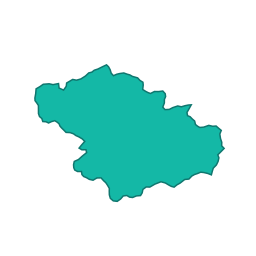 Manhumirim, Minas Gerais, Brazil, rotated 228°
{"feature_id": "56859067B26961543246677", "entity_name": "Manhumirim", "entity_type": "district", "adm_level": 2, "iso_a3": "BRA", "parent_name": "Brazil", "parent_adm1": "Minas Gerais", "projection": "equal_earth", "projection_center": [-41.937, -20.349], "detail": "fine", "context": "isolated", "style": "filled", "palette": "teal", "viewbox_px": 256, "rotation_deg": 228, "n_neighbors": 0, "source": "geoboundaries", "source_scale": "gbopen_adm2", "svg_char_len": 2034}
<svg xmlns="http://www.w3.org/2000/svg" viewBox="0 0 256 256"><g transform="rotate(228 128 128)"><path d="M63.8,195.7L67.1,195.2L70.5,194.8L72.6,192.1L75.9,189.8L78.0,184.8L80.4,181.7L82.8,180.9L85.5,180.5L88.6,182.2L91.7,181.8L94.8,181.7L97.3,180.5L100.1,182.2L101.5,186.5L102.9,190.5L104.7,188.2L106.3,185.5L108.1,181.8L111.1,179.7L113.2,174.9L114.2,171.1L116.9,167.8L120.2,167.8L122.3,171.8L124.9,174.2L126.2,177.0L128.6,178.6L132.2,178.6L134.6,175.1L137.4,172.1L138.6,167.8L140.9,166.6L143.2,165.7L146.8,164.7L149.8,168.1L152.0,169.7L155.5,168.7L158.8,168.7L161.2,167.2L163.4,165.8L166.2,164.9L168.7,163.3L171.7,161.7L174.0,158.3L175.5,155.6L176.6,152.2L180.0,152.2L183.2,153.7L186.5,154.5L189.3,154.3L190.6,150.0L192.0,145.0L193.5,141.6L193.7,138.5L195.2,135.7L195.1,131.2L196.0,125.8L198.0,121.7L201.1,119.4L202.5,112.5L200.3,110.0L199.3,105.5L203.8,103.5L207.5,106.1L210.4,101.3L213.6,99.0L217.2,94.3L217.7,90.2L218.6,85.9L215.3,82.4L212.6,78.9L210.5,77.2L207.9,77.0L204.7,76.5L201.3,73.5L198.6,71.1L195.7,69.9L192.7,70.3L189.8,69.0L187.4,71.3L184.9,72.3L183.9,75.5L182.4,78.5L179.9,79.2L177.4,79.6L174.8,78.7L172.4,78.7L169.3,78.9L166.2,79.0L163.3,81.9L160.2,83.6L157.3,84.2L154.4,85.5L150.6,86.7L147.0,86.9L146.4,82.0L145.8,78.2L142.7,79.1L140.0,82.2L137.4,80.8L137.7,75.1L137.7,70.1L139.1,65.7L137.1,62.9L134.7,61.1L132.4,60.3L129.4,61.4L126.8,64.3L124.2,62.6L121.6,62.6L118.9,63.9L115.7,64.9L112.6,67.1L111.7,71.4L109.0,74.6L105.1,74.6L102.3,74.9L99.3,74.5L95.6,73.7L93.6,71.8L90.8,69.4L87.5,67.8L83.7,68.3L80.7,70.9L80.2,74.9L80.7,79.0L78.6,82.0L75.6,82.9L73.3,84.9L71.9,88.8L69.4,92.1L70.3,95.1L72.4,98.0L72.0,102.1L69.5,104.7L68.3,110.4L66.0,116.5L62.1,119.0L58.8,120.0L55.7,121.1L53.2,122.7L53.0,126.4L52.2,129.8L51.8,135.7L49.3,139.1L49.6,143.3L48.9,146.4L47.7,149.1L46.5,152.5L44.1,154.6L40.8,156.9L37.4,158.6L39.5,161.8L41.1,164.5L41.4,169.0L42.9,172.6L45.0,175.6L48.0,176.8L48.2,181.3L48.5,185.8L52.1,185.7L54.6,188.1L58.3,189.7L62.1,192.2L63.8,195.7Z" fill="#14b8a6" stroke="#0f766e" stroke-width="1.5"/></g></svg>